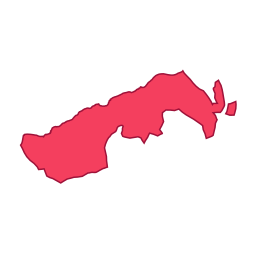 outline of Kota Gunungsitoli, Sumatera Utara, Indonesia, rotated 280°
{"feature_id": "22746128B74256869593133", "entity_name": "Kota Gunungsitoli", "entity_type": "district", "adm_level": 2, "iso_a3": "IDN", "parent_name": "Indonesia", "parent_adm1": "Sumatera Utara", "projection": "albers", "projection_center": [97.596, 1.252], "detail": "fine", "context": "isolated", "style": "filled", "palette": "rose", "viewbox_px": 256, "rotation_deg": 280, "n_neighbors": 0, "source": "geoboundaries", "source_scale": "gbopen_adm2", "svg_char_len": 5619}
<svg xmlns="http://www.w3.org/2000/svg" viewBox="0 0 256 256"><g transform="rotate(280 128 128)"><path d="M193.8,172.1L193.6,172.0L192.6,171.2L192.4,170.8L191.8,169.9L190.6,167.7L189.6,166.6L189.2,166.0L188.8,165.3L188.4,164.5L188.0,163.4L187.7,162.2L187.6,161.5L187.5,160.5L187.4,158.2L187.5,154.9L187.5,153.6L187.4,152.8L187.3,152.5L187.2,152.3L187.2,152.0L186.9,150.7L186.7,150.3L186.6,149.8L186.3,149.1L185.4,147.6L184.9,146.9L184.4,146.3L183.2,145.3L182.6,144.8L182.1,144.5L181.7,144.2L181.1,143.9L180.3,143.5L179.7,143.2L179.4,142.8L179.1,142.5L178.4,142.1L178.0,141.8L176.8,140.6L175.9,139.9L175.1,139.5L174.7,139.4L174.2,139.1L173.3,138.6L172.7,138.3L172.0,137.9L171.4,137.3L170.9,136.8L170.8,136.6L170.5,135.4L170.5,135.0L170.3,134.7L170.4,134.3L170.5,134.2L170.7,133.9L170.7,133.4L170.6,133.2L170.3,133.1L169.7,132.9L169.4,132.6L169.3,132.4L169.1,132.3L169.0,131.9L168.7,131.9L168.1,131.4L168.0,131.2L168.0,130.6L167.9,130.5L167.5,130.3L167.3,129.8L167.2,129.7L166.7,129.5L166.5,129.4L166.0,128.9L165.7,128.5L165.4,128.4L165.2,127.8L165.0,127.7L164.6,127.2L163.9,126.0L163.8,125.9L163.6,125.5L163.5,125.1L163.5,124.9L163.8,124.3L163.8,123.3L163.8,122.8L163.7,122.4L163.2,121.3L162.8,120.6L161.7,117.8L161.1,116.7L160.5,116.2L159.7,115.1L159.4,114.9L159.3,114.5L158.5,113.4L157.6,112.1L157.5,111.9L157.3,111.5L156.8,110.7L156.5,110.0L156.3,109.6L156.1,109.2L155.8,108.8L155.2,107.8L154.9,107.5L154.5,107.1L153.8,106.5L153.3,105.7L153.1,105.6L152.8,105.7L152.6,105.8L152.2,105.9L152.1,105.6L151.9,105.4L151.9,105.2L151.5,104.8L151.3,104.8L151.1,104.8L150.8,104.8L150.2,104.7L149.7,104.6L149.4,104.4L149.2,104.4L149.0,104.5L148.6,104.5L148.1,104.3L147.6,104.1L146.8,103.6L146.3,103.1L146.1,102.8L146.0,102.5L145.9,101.9L145.7,101.5L145.5,101.2L145.4,101.1L145.4,100.8L145.4,100.4L145.1,99.6L145.1,99.1L145.1,98.6L145.1,98.3L145.2,97.9L145.1,96.8L145.2,96.6L145.3,96.5L145.5,96.1L145.8,95.6L145.9,95.4L146.3,95.2L146.5,95.1L146.6,94.8L146.5,94.6L146.1,93.8L146.0,93.5L145.9,93.4L145.9,93.1L145.8,92.6L145.6,92.3L145.3,91.8L145.1,91.8L144.9,91.8L144.6,91.3L144.3,91.2L144.0,90.7L143.7,90.1L143.5,89.7L143.0,89.1L142.4,88.7L141.9,88.6L141.7,88.5L141.0,87.6L140.8,87.2L140.6,86.6L140.6,86.2L140.7,85.2L140.5,84.4L140.3,83.9L140.0,83.5L139.8,83.1L139.6,82.9L139.4,82.3L139.2,81.9L138.5,81.1L138.1,80.6L137.5,80.2L137.4,80.0L137.1,79.8L136.9,79.5L136.7,79.4L136.4,78.7L135.8,78.1L135.7,77.8L135.6,77.5L135.3,77.3L135.0,77.1L134.8,76.9L134.0,76.6L133.4,76.5L133.1,76.5L132.5,76.2L131.8,75.5L131.5,74.9L131.4,74.6L131.1,74.3L129.9,73.4L129.4,73.1L129.0,72.9L128.2,72.4L127.0,71.8L126.8,71.6L126.5,71.3L126.2,70.8L125.9,70.3L125.6,69.9L125.4,69.4L125.0,68.9L124.8,68.5L124.6,67.7L124.3,67.3L123.6,66.0L123.5,65.9L123.1,65.8L122.9,65.7L122.9,65.4L121.7,64.1L121.6,63.5L121.5,63.2L121.4,63.1L120.9,62.6L120.5,62.2L120.4,62.2L120.2,62.1L119.7,61.8L119.6,61.7L119.2,61.4L118.9,61.1L118.2,60.6L117.9,60.3L117.5,59.8L117.2,58.8L117.2,58.6L116.9,57.9L116.9,57.5L116.7,57.3L116.7,57.1L116.8,56.9L116.8,56.5L116.8,56.3L116.2,55.1L116.0,54.7L115.9,54.6L115.5,54.2L115.2,53.9L115.0,53.6L114.9,53.5L114.7,53.5L114.6,53.4L114.4,53.4L113.5,53.1L113.4,53.1L112.9,53.0L112.6,53.0L111.9,52.5L111.6,52.3L111.4,52.3L111.2,52.4L110.9,52.6L110.8,52.8L110.7,52.8L110.3,52.4L110.0,52.2L109.9,52.3L109.6,52.4L109.4,52.4L109.2,52.2L108.7,51.4L108.5,51.0L108.4,50.8L108.3,50.7L108.0,50.0L107.4,49.2L107.4,48.8L107.5,48.9L107.6,48.4L107.1,47.7L106.8,47.4L106.2,47.0L105.7,46.7L105.2,46.5L104.8,46.5L104.6,46.3L104.6,46.1L104.8,45.9L105.0,45.6L104.9,45.2L104.6,43.9L104.5,43.5L104.4,42.2L104.5,41.2L105.0,39.2L104.9,37.8L104.9,35.4L104.8,33.1L104.5,30.5L104.4,29.7L104.3,29.4L104.1,28.7L103.7,27.3L103.5,27.1L103.3,27.1L103.1,27.1L102.8,27.0L102.8,26.8L102.8,26.6L102.6,26.4L102.3,26.3L101.6,26.3L98.4,26.3L96.9,26.3L95.4,26.2L94.4,26.0L93.4,25.7L92.5,25.2L89.6,27.5L85.7,30.2L82.2,33.3L79.1,37.3L76.8,41.7L74.0,45.4L71.6,47.2L72.6,50.8L73.2,52.4L66.6,56.4L65.6,59.6L65.2,62.7L62.2,71.3L64.3,73.6L67.2,77.0L68.7,80.4L70.1,83.3L71.0,87.0L72.5,91.4L76.7,96.3L77.0,97.5L77.5,98.6L78.1,100.2L78.2,101.2L78.4,102.7L78.7,104.0L79.2,104.8L80.4,106.3L81.3,107.3L82.3,108.6L83.7,110.4L84.2,111.5L84.6,112.1L84.9,112.7L85.6,113.8L85.9,114.5L88.5,113.7L91.9,112.6L96.2,111.7L104.4,108.3L108.1,108.6L110.6,109.1L112.9,109.7L115.4,110.7L116.2,111.5L117.8,112.2L119.2,113.0L122.4,116.5L124.0,117.0L126.2,117.3L127.7,118.0L129.1,120.1L129.6,121.7L128.9,122.9L126.5,122.6L124.4,123.0L121.6,122.5L120.3,123.3L118.9,124.3L118.6,126.0L118.5,128.0L118.4,131.6L121.1,139.4L120.5,142.4L118.3,144.1L115.9,146.5L118.5,147.3L122.2,148.9L125.4,149.7L126.7,150.2L126.3,154.2L125.4,158.6L127.1,160.6L128.5,162.7L129.0,162.5L132.0,159.4L136.1,160.8L140.5,161.9L144.9,160.0L146.4,159.6L148.2,159.4L149.1,159.3L152.3,162.2L153.0,166.6L153.3,170.8L155.5,174.8L153.1,178.7L151.1,182.9L148.1,191.1L144.5,198.9L143.3,201.1L139.4,202.4L135.7,204.9L131.4,206.9L133.0,209.6L134.5,212.0L135.6,213.1L143.7,213.6L147.9,213.3L151.6,214.3L151.8,214.0L155.5,211.9L157.8,209.2L158.9,213.1L159.4,216.2L161.5,217.4L165.7,218.8L167.3,219.1L170.1,218.4L174.3,216.9L178.3,215.5L182.3,214.0L186.1,212.2L189.5,209.6L190.7,208.8L188.1,206.1L183.7,206.5L182.0,205.2L180.7,205.5L177.1,207.8L172.8,208.2L169.3,210.5L167.8,211.7L167.0,207.7L165.8,207.1L168.6,205.1L171.8,202.2L174.8,199.1L177.7,195.8L178.8,191.6L181.0,187.7L183.7,184.1L186.6,180.9L189.1,177.4L191.8,173.8L193.8,172.1ZM161.5,222.6L159.0,221.8L158.3,226.0L159.1,230.2L161.5,230.5L165.7,230.8L169.9,230.3L172.8,229.5L172.0,228.3L169.7,224.6L169.1,222.8L165.7,222.8L161.5,222.6Z" fill="#f43f5e" stroke="#9f1239" stroke-width="1.5"/></g></svg>